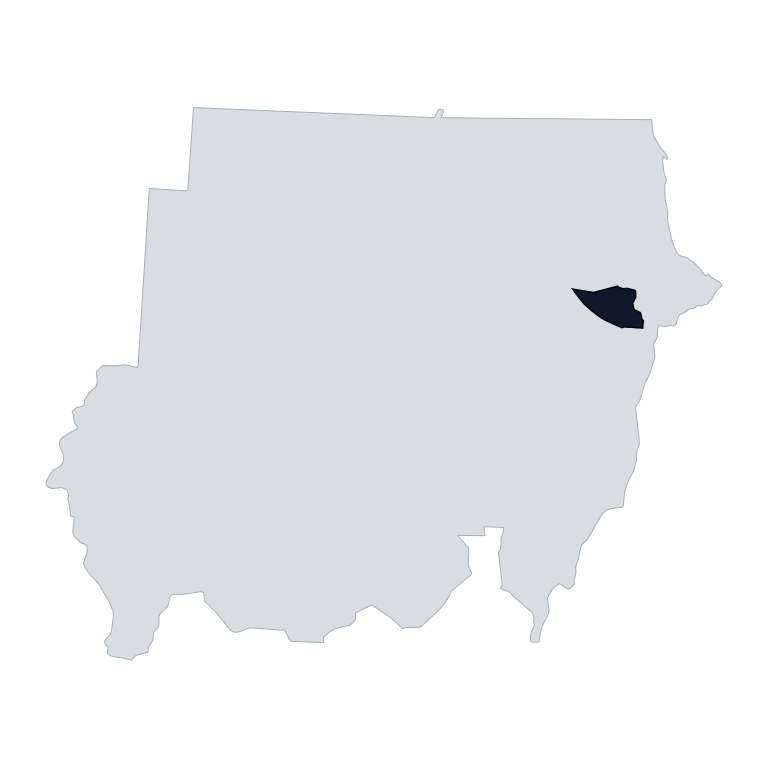 Dordieb, Red Sea, Sudan shown in context
{"feature_id": "16777658B19100050508345", "entity_name": "Dordieb", "entity_type": "district", "adm_level": 2, "iso_a3": "SDN", "parent_name": "Sudan", "parent_adm1": "Red Sea", "projection": "orthographic", "projection_center": [35.963, 17.512], "detail": "fine", "context": "in_parent", "style": "filled", "palette": "ink", "viewbox_px": 768, "rotation_deg": 0, "n_neighbors": 0, "source": "geoboundaries", "source_scale": "gbopen_adm2", "svg_char_len": 4463}
<svg xmlns="http://www.w3.org/2000/svg" viewBox="0 0 768 768"><path d="M539.0,642.2L531.3,642.1L530.5,640.3L530.6,635.3L531.5,631.5L534.4,625.6L533.7,622.3L534.1,617.6L532.1,612.3L513.8,596.8L510.3,592.5L500.4,588.5L502.2,584.2L498.4,552.7L500.5,549.1L501.1,543.6L501.1,538.8L503.5,530.8L503.8,527.4L484.3,526.8L484.1,530.3L484.9,534.2L484.8,535.7L457.7,535.3L468.4,547.9L468.8,553.3L468.2,560.0L468.2,564.3L468.8,567.1L471.7,572.7L471.5,573.8L470.8,575.0L451.3,591.1L447.9,598.6L445.3,602.5L439.6,609.1L421.7,626.2L418.8,627.3L405.4,627.6L404.0,627.9L403.0,628.7L402.4,628.5L391.0,617.9L372.0,605.0L359.1,611.0L355.5,613.2L355.3,619.2L353.4,622.2L349.9,625.3L340.4,627.1L335.4,628.7L329.5,631.8L323.7,637.2L323.2,640.1L323.8,642.7L291.2,641.3L289.1,639.2L284.6,629.8L281.3,630.2L251.7,627.8L247.5,628.5L238.9,631.9L234.7,632.3L230.4,630.4L215.4,611.4L212.1,609.0L208.7,604.5L205.5,602.4L204.4,601.0L204.1,599.0L204.3,595.0L203.3,592.4L200.9,591.7L180.0,594.8L177.1,594.2L172.7,594.7L171.2,595.3L169.3,597.6L168.9,602.6L168.2,605.1L166.6,607.7L160.4,613.6L159.0,616.2L159.1,623.0L158.6,626.4L157.6,627.9L155.0,630.4L154.0,631.8L152.7,640.5L149.3,645.5L148.5,647.3L148.2,651.1L147.6,652.3L138.1,654.7L134.6,656.4L132.3,659.2L131.8,660.4L127.8,659.1L122.7,658.0L112.9,656.5L109.1,654.8L107.3,652.6L108.1,647.4L107.2,646.2L105.6,645.2L104.6,642.8L105.0,640.1L110.3,634.4L111.5,631.2L113.4,616.0L113.2,611.3L109.4,602.4L100.6,587.0L98.5,584.0L87.3,571.0L86.0,569.1L83.4,563.7L87.0,552.6L87.4,549.5L86.7,546.2L83.9,543.6L81.3,543.2L78.0,539.9L75.8,538.4L73.9,535.6L72.7,531.7L74.3,518.5L73.8,516.7L70.8,516.0L70.2,515.0L70.4,512.4L69.2,504.7L67.7,498.3L68.9,494.9L66.7,490.0L62.1,487.6L52.8,488.5L49.9,488.0L48.0,487.0L46.7,485.1L46.1,483.0L46.9,480.0L49.8,474.5L53.3,470.1L60.2,466.3L62.1,464.2L63.2,461.8L63.6,458.9L63.3,455.8L62.7,453.0L61.0,449.2L59.4,444.7L59.5,441.8L60.5,439.8L62.4,437.4L69.3,433.0L76.2,429.4L77.4,428.0L77.1,426.3L74.2,422.7L73.6,416.0L72.2,411.4L75.8,408.2L78.4,407.1L82.4,406.3L84.0,405.0L84.6,402.3L84.6,399.7L86.2,397.8L88.3,393.8L89.9,392.0L95.4,387.4L96.7,384.3L97.2,381.3L96.3,372.0L99.5,368.3L103.5,365.3L108.9,365.9L117.4,365.8L123.2,364.9L127.3,365.2L136.5,367.5L137.6,366.8L138.2,364.4L149.3,188.5L187.3,190.9L187.8,190.6L193.5,107.6L432.6,117.6L434.6,117.3L438.6,109.6L440.3,109.1L442.7,109.6L443.5,111.4L441.3,117.7L651.9,119.7L652.4,129.2L654.2,136.8L660.3,147.6L665.4,153.4L667.3,156.6L667.4,158.1L667.2,159.5L665.7,158.0L663.0,156.9L662.7,162.0L664.0,172.4L666.2,179.7L664.7,186.5L665.0,197.9L667.8,211.6L667.4,220.4L672.0,240.8L676.4,252.2L678.8,255.0L681.5,256.4L686.7,257.3L694.4,263.1L700.5,269.1L702.6,272.3L705.6,275.8L707.6,275.1L708.8,274.2L710.8,277.0L720.5,282.9L721.9,285.8L718.5,288.6L714.6,293.4L712.7,297.9L711.7,299.3L708.5,302.2L708.0,303.5L706.6,304.4L705.1,304.5L701.9,306.0L698.9,305.6L695.9,306.5L694.9,307.5L692.5,308.5L689.3,309.0L684.3,312.8L680.0,314.7L678.5,316.2L676.3,323.7L674.6,325.7L668.1,326.0L664.9,326.6L660.6,325.8L658.5,325.9L658.0,327.5L657.2,334.0L657.4,336.7L653.8,344.1L654.9,357.8L651.4,368.1L650.9,370.5L647.4,378.7L645.5,381.7L641.0,396.9L639.3,401.6L635.4,406.6L639.5,443.1L636.2,454.3L636.4,460.4L634.1,469.4L632.3,473.6L629.3,478.6L626.9,484.3L624.7,491.7L623.3,505.7L622.6,507.0L610.9,508.7L607.2,509.7L604.8,511.2L601.7,514.8L595.7,524.7L592.6,530.7L587.7,539.0L581.9,544.8L580.7,547.6L579.7,552.9L577.6,561.3L575.6,567.2L576.0,572.0L574.1,580.3L574.4,584.3L572.3,586.5L569.6,588.7L567.8,589.2L559.6,583.6L553.8,587.4L550.2,592.7L547.4,598.1L548.9,609.6L548.8,612.1L547.9,614.8L542.4,626.0L540.8,631.1L539.1,640.1L539.0,642.2Z" fill="#d9dde1" stroke="#a8b0b8" stroke-width="1"/><path d="M604.5,319.8L609.6,322.2L612.4,323.5L621.5,327.6L625.0,326.9L627.4,327.2L629.6,327.2L631.6,327.2L633.4,327.4L635.0,327.6L635.3,327.6L637.0,327.8L637.3,327.8L637.5,327.8L640.0,327.9L641.5,328.0L642.8,328.1L643.0,323.5L643.5,321.0L641.9,319.0L641.5,317.0L641.3,315.5L640.3,312.6L634.1,309.6L632.6,303.1L633.1,302.3L633.8,301.1L634.7,299.2L635.7,297.3L635.6,292.9L635.6,291.4L635.2,290.5L633.7,290.0L631.4,289.4L629.1,288.8L628.0,288.5L625.7,288.4L623.2,288.8L618.8,287.3L617.5,286.1L604.2,289.7L600.1,290.8L593.6,292.5L572.8,289.1L573.0,289.3L573.4,289.9L575.1,292.6L576.0,293.7L578.9,297.4L581.4,300.6L583.8,303.5L585.4,305.1L587.0,306.6L589.6,308.8L592.3,311.2L596.4,314.4L597.8,315.4L598.9,316.2L601.7,318.2L603.2,319.0L604.5,319.8Z" fill="#0f172a" stroke="#020617" stroke-width="1.5"/></svg>